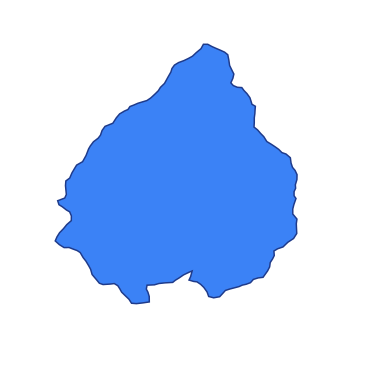 outline of Santa Adélia, São Paulo, Brazil, rotated 219°
{"feature_id": "56859067B26078522690212", "entity_name": "Santa Adélia", "entity_type": "district", "adm_level": 2, "iso_a3": "BRA", "parent_name": "Brazil", "parent_adm1": "São Paulo", "projection": "mercator", "projection_center": [-48.82, -21.32], "detail": "fine", "context": "isolated", "style": "filled", "palette": "blue", "viewbox_px": 384, "rotation_deg": 219, "n_neighbors": 0, "source": "geoboundaries", "source_scale": "gbopen_adm2", "svg_char_len": 2242}
<svg xmlns="http://www.w3.org/2000/svg" viewBox="0 0 384 384"><g transform="rotate(219 192 192)"><path d="M169.0,67.5L165.0,70.2L160.3,75.0L156.0,79.7L159.5,83.9L163.2,86.4L166.4,87.8L168.3,91.3L162.8,96.2L160.1,100.1L155.8,104.4L150.1,109.6L149.4,113.0L148.0,116.9L146.4,122.3L143.9,127.6L142.2,130.7L139.8,125.3L138.9,121.7L134.5,123.5L131.6,125.3L127.2,125.7L122.8,125.3L117.4,123.8L113.3,121.3L108.6,123.4L104.6,128.0L104.3,132.2L104.1,136.5L101.7,140.2L98.4,144.7L95.9,148.1L94.3,151.3L91.9,154.3L89.5,158.3L89.3,162.7L86.5,166.9L83.1,170.4L83.6,178.3L84.5,182.6L86.8,186.4L87.3,190.8L88.1,194.4L91.2,197.7L89.7,201.8L86.7,206.6L85.9,213.2L83.8,219.8L84.5,225.7L87.9,229.5L91.0,233.0L93.4,237.0L99.8,238.3L103.0,242.2L104.9,246.3L107.1,252.4L110.3,253.3L112.9,256.5L113.8,260.1L116.2,262.6L118.3,267.7L121.3,271.6L125.4,273.6L129.4,274.4L133.2,276.8L137.1,280.5L142.8,280.7L146.9,279.2L151.5,279.7L156.2,279.4L160.4,279.0L165.6,278.3L171.1,280.2L175.6,280.7L180.0,281.5L184.7,281.5L187.1,284.9L190.3,288.9L192.5,292.5L194.8,295.7L196.7,298.5L200.6,297.9L203.4,299.8L206.3,301.7L211.0,303.0L215.6,303.6L219.0,304.5L222.7,301.9L226.9,300.7L230.5,301.3L231.8,306.1L233.7,310.0L237.9,311.9L242.4,314.0L246.5,317.8L250.6,321.2L254.7,321.2L259.7,319.9L263.9,318.7L268.0,317.6L272.7,316.7L276.1,314.0L275.2,309.0L276.4,303.0L277.1,297.8L278.9,293.4L281.0,289.0L283.9,284.1L285.5,279.6L285.3,275.4L283.9,271.9L283.0,266.4L281.7,259.1L282.4,253.4L281.9,249.6L282.4,245.0L283.3,238.9L284.6,234.7L287.2,230.9L289.9,226.9L292.1,222.7L294.0,219.4L293.7,215.8L295.5,212.3L297.4,207.2L297.5,202.1L296.8,195.6L300.9,188.3L300.6,183.2L298.9,178.6L298.8,174.8L300.2,169.0L300.0,163.9L299.5,160.5L297.3,153.7L296.1,146.7L298.6,140.3L298.1,136.5L297.3,131.2L295.8,125.9L297.0,121.2L294.3,117.3L288.1,111.0L287.1,107.2L290.9,100.7L287.4,98.4L283.7,98.9L278.2,99.0L274.6,99.6L270.7,97.5L267.8,93.8L268.8,87.8L268.8,82.6L269.3,77.1L268.7,72.2L267.5,67.9L262.0,67.6L256.4,68.3L252.6,71.5L248.5,72.8L244.4,74.2L240.8,74.6L235.3,72.5L230.9,71.5L225.7,69.6L222.1,68.1L217.7,65.0L210.9,63.7L206.6,62.8L202.9,64.1L197.4,69.2L194.8,71.9L190.7,72.5L187.1,71.3L183.7,69.9L178.6,69.4L173.6,69.0L169.0,67.5Z" fill="#3b82f6" stroke="#1e3a8a" stroke-width="1.5"/></g></svg>